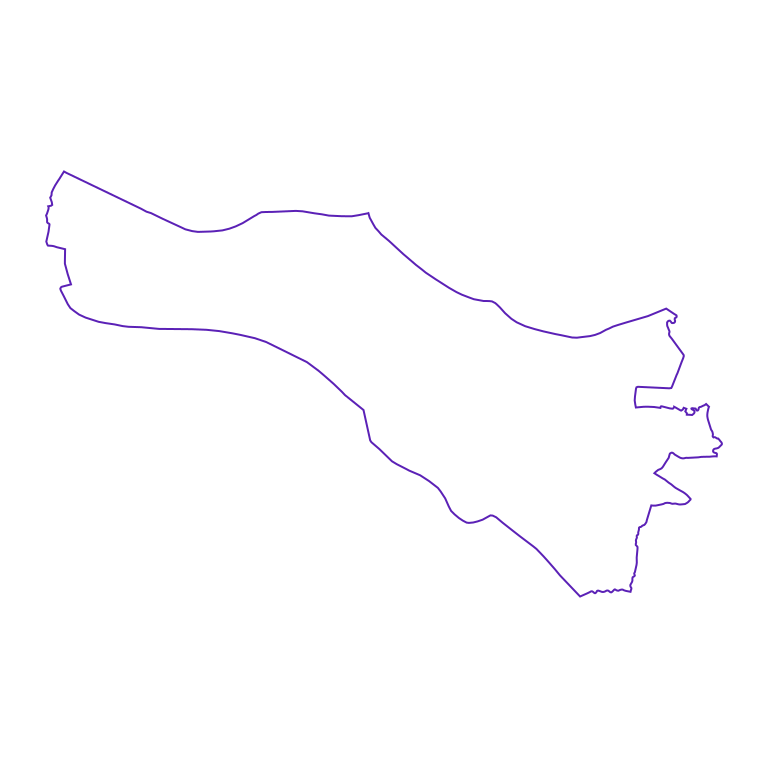 the district of Cho Lach, Bến Tre, Vietnam
{"feature_id": "81297802B13885304658875", "entity_name": "Cho Lach", "entity_type": "district", "adm_level": 2, "iso_a3": "VNM", "parent_name": "Vietnam", "parent_adm1": "Bến Tre", "projection": "orthographic", "projection_center": [106.202, 10.224], "detail": "fine", "context": "isolated", "style": "outline", "palette": "violet", "viewbox_px": 768, "rotation_deg": 0, "n_neighbors": 0, "source": "geoboundaries", "source_scale": "gbopen_adm2", "svg_char_len": 6076}
<svg xmlns="http://www.w3.org/2000/svg" viewBox="0 0 768 768"><path d="M368.4,213.1L367.9,213.3L358.4,215.2L351.6,216.3L341.6,216.2L328.9,215.6L321.8,214.3L314.5,213.3L302.5,211.3L295.8,210.9L272.7,211.9L265.9,212.0L261.4,212.2L258.3,213.6L256.3,215.0L254.2,216.1L242.7,223.1L235.7,226.4L229.3,228.7L222.4,230.4L213.8,231.3L210.7,231.5L198.0,231.9L192.2,231.1L185.3,229.3L181.3,227.4L162.9,218.9L151.0,213.1L146.5,211.7L141.0,208.7L66.7,173.0L64.0,171.5L58.9,179.6L58.3,180.4L55.2,185.3L53.3,188.9L51.7,192.4L51.5,195.3L50.2,197.7L51.8,202.2L52.2,204.9L51.1,205.7L48.2,206.3L48.6,207.3L48.6,208.0L48.4,209.4L47.0,213.6L46.1,215.5L46.8,217.8L47.1,219.2L47.1,222.1L47.4,222.6L47.9,223.1L49.0,223.7L49.4,224.1L49.5,224.6L48.5,231.8L46.3,241.6L47.3,244.6L48.0,245.6L51.3,245.8L52.9,246.0L54.2,246.3L56.8,247.2L65.1,249.2L64.9,260.8L64.9,263.7L67.7,274.1L71.0,284.4L62.0,286.7L61.1,287.2L60.6,288.0L60.3,288.8L60.9,290.6L63.7,296.0L67.8,304.2L70.4,308.1L74.1,311.0L79.1,314.6L85.6,317.6L98.6,321.8L105.6,323.1L114.5,324.4L122.7,326.1L128.6,326.8L141.1,327.2L159.0,328.9L191.7,329.2L206.5,329.8L219.3,331.1L232.3,333.3L240.4,334.9L254.9,338.2L266.1,342.0L306.9,362.1L318.6,370.8L323.1,374.6L333.8,384.0L341.8,391.7L345.0,395.1L363.5,410.0L370.2,440.4L371.4,442.2L379.3,449.0L392.0,461.3L396.8,464.2L406.2,469.0L409.2,470.6L420.2,475.3L429.1,481.1L437.9,487.9L440.6,491.4L445.2,498.4L448.8,506.5L451.1,510.9L454.5,514.3L458.9,518.0L462.8,520.6L466.6,522.6L468.9,522.9L473.2,522.5L477.6,521.4L482.6,519.7L490.4,515.4L492.7,515.6L496.2,517.3L502.6,522.7L513.4,531.2L519.8,536.2L533.3,546.4L536.4,548.9L543.5,556.3L548.6,562.0L554.8,569.1L560.0,575.4L580.1,596.5L587.1,593.4L589.8,592.1L591.0,591.4L591.6,591.3L592.3,591.4L593.1,591.9L594.0,592.7L594.6,593.1L595.1,593.2L595.7,592.9L596.4,592.1L597.1,590.9L597.6,590.7L598.6,590.7L600.4,591.3L601.6,591.8L602.9,592.0L604.1,591.8L605.2,591.4L606.2,590.8L607.0,590.5L607.8,590.5L608.5,590.8L610.3,592.2L610.8,592.3L611.4,592.3L612.3,591.7L614.0,589.9L614.5,589.5L614.9,589.4L615.5,589.7L616.5,590.3L617.4,590.6L618.5,590.7L619.9,590.0L621.3,589.6L622.7,589.6L624.0,590.3L625.9,590.9L630.5,591.8L631.0,589.9L631.3,589.1L631.4,588.1L630.7,587.0L630.3,585.9L630.4,584.8L632.0,582.0L632.4,580.7L632.4,578.5L632.6,577.4L633.3,576.8L634.4,576.2L634.8,575.4L634.2,573.7L634.4,573.0L634.9,572.1L636.5,565.0L636.8,562.7L636.7,557.5L637.5,548.8L637.5,547.0L636.8,546.0L635.8,545.0L635.8,543.8L636.1,542.9L636.1,541.9L635.9,540.5L636.1,539.5L636.7,538.2L636.9,537.4L636.7,536.0L637.1,535.2L638.0,534.7L638.3,533.8L638.2,532.4L638.9,529.8L639.0,527.8L639.3,527.4L640.1,527.0L640.7,527.0L641.6,526.4L642.3,525.7L644.3,524.9L645.0,524.2L646.3,522.3L646.6,521.3L646.8,520.3L651.3,505.4L652.8,505.6L654.4,505.6L655.7,505.6L661.6,504.4L663.5,503.9L664.8,503.2L666.0,502.9L667.4,502.8L669.9,503.0L671.5,503.6L672.6,503.8L674.5,503.6L675.7,503.6L678.4,504.3L679.8,504.5L681.4,504.4L684.4,504.1L685.1,504.0L687.0,502.9L688.1,502.1L689.0,501.2L689.2,500.9L690.5,499.6L690.6,499.0L687.6,495.7L686.7,494.8L684.7,493.2L682.9,492.0L679.8,490.3L675.6,487.9L673.9,486.6L671.3,484.4L668.6,482.6L664.8,479.5L662.7,478.4L659.0,476.1L656.5,474.6L654.4,473.2L655.8,471.8L658.2,469.9L660.2,469.1L661.6,468.3L662.9,466.8L665.7,462.3L668.7,457.8L669.5,454.8L669.9,453.6L670.7,453.1L671.2,452.8L671.6,452.7L672.1,452.7L672.7,452.9L673.4,453.3L674.8,454.6L679.0,457.1L680.3,457.8L681.3,458.1L682.2,458.3L684.0,458.3L685.6,457.9L686.4,457.8L687.7,457.9L697.1,457.4L698.5,457.3L701.3,456.9L703.8,456.8L709.8,456.7L712.8,456.4L714.8,456.3L716.7,456.4L716.9,454.6L716.9,453.9L716.6,453.4L716.4,453.2L715.2,452.9L714.1,452.5L713.6,452.2L713.2,451.7L713.1,451.4L713.1,450.7L713.3,450.0L713.6,449.5L714.0,449.1L714.4,448.9L715.4,448.6L716.7,448.4L718.2,447.9L718.8,447.5L721.7,444.6L721.9,444.1L721.9,443.6L721.7,442.9L721.3,442.2L720.3,441.1L719.1,439.5L718.0,438.5L717.8,438.6L717.3,438.6L716.8,438.3L715.2,437.3L714.6,437.2L713.9,437.2L713.5,437.4L713.1,437.0L712.7,436.4L712.7,435.8L712.9,434.8L712.9,434.1L712.5,432.2L712.1,431.2L711.3,430.0L710.9,429.1L708.0,419.8L707.6,418.1L707.3,416.2L707.3,414.6L707.5,412.6L708.1,409.6L708.7,407.4L709.0,406.8L706.1,404.0L704.7,405.1L703.4,405.6L702.8,405.9L701.8,406.4L701.0,406.8L699.6,407.1L699.2,407.4L698.9,407.7L698.7,408.3L698.5,409.4L698.2,410.0L697.9,410.3L697.7,410.5L697.3,410.5L697.0,410.5L696.6,410.4L696.2,409.7L695.8,408.9L695.6,408.6L695.3,408.5L693.7,408.4L692.6,408.2L691.9,408.3L691.5,408.4L691.4,408.6L691.5,408.8L691.6,409.1L692.1,409.4L693.4,410.1L693.8,410.4L694.2,410.8L694.4,411.2L694.5,411.7L694.5,412.2L694.4,412.7L694.1,413.2L693.6,413.8L692.1,415.0L690.0,414.8L686.8,414.7L686.9,413.3L685.3,411.4L686.4,408.8L683.7,407.8L683.0,409.2L682.7,409.6L682.0,410.1L681.1,410.6L680.2,410.2L675.9,407.7L674.2,406.8L674.2,407.0L673.8,407.7L673.2,408.3L672.8,408.7L672.4,408.7L669.9,408.4L661.7,406.3L661.2,406.3L660.8,406.5L660.6,406.9L660.4,407.9L654.1,407.0L647.2,406.7L643.4,406.8L635.9,407.5L635.3,404.6L634.7,400.5L635.0,396.3L635.2,394.9L636.0,388.7L636.5,387.3L637.9,386.8L669.3,388.3L671.3,388.0L672.1,386.4L676.8,374.5L677.3,373.6L681.7,361.8L683.2,358.1L683.8,356.0L683.6,354.9L671.8,338.7L669.6,336.0L669.1,334.8L669.1,333.2L669.5,332.0L669.4,331.1L668.5,329.0L668.0,327.6L667.4,326.4L667.1,324.9L667.1,322.4L668.0,321.2L669.0,320.7L669.9,320.7L670.8,321.6L671.7,322.9L672.9,323.1L674.3,322.7L675.0,321.8L675.1,320.8L674.7,319.5L674.8,318.3L675.6,317.7L676.4,317.3L676.7,316.2L676.4,315.3L674.1,313.9L666.2,308.6L647.9,316.1L625.8,322.6L617.9,325.0L613.0,326.6L609.1,328.5L606.0,329.8L600.2,333.0L595.1,334.9L590.0,336.1L581.6,337.1L576.9,337.7L572.1,337.5L561.2,335.2L555.5,334.1L543.5,331.4L534.7,329.1L525.2,326.2L516.7,322.3L511.4,318.8L505.1,313.2L499.9,307.4L497.0,304.6L495.3,303.1L492.0,301.4L489.5,301.1L486.6,301.0L483.6,301.0L473.8,299.2L468.4,297.2L461.9,294.7L456.5,292.1L449.0,287.8L435.7,279.3L425.7,272.6L421.9,269.5L416.2,265.1L403.3,254.1L389.1,241.0L386.6,238.9L381.3,234.5L378.5,231.2L375.4,227.9L373.2,224.1L369.7,217.7L368.4,213.1Z" fill="none" stroke="#5b21b6" stroke-width="2"/></svg>